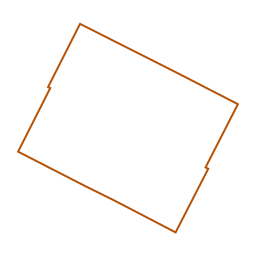 Pope, Minnesota, United States of America (Albers equal-area conic projection), rotated 207°
{"feature_id": "52423323B60946121703621", "entity_name": "Pope", "entity_type": "district", "adm_level": 2, "iso_a3": "USA", "parent_name": "United States of America", "parent_adm1": "Minnesota", "projection": "albers", "projection_center": [-95.463, 45.586], "detail": "fine", "context": "isolated", "style": "outline", "palette": "amber", "viewbox_px": 256, "rotation_deg": 207, "n_neighbors": 0, "source": "geoboundaries", "source_scale": "gbopen_adm2", "svg_char_len": 324}
<svg xmlns="http://www.w3.org/2000/svg" viewBox="0 0 256 256"><g transform="rotate(207 128 128)"><path d="M40.9,199.1L111.9,199.4L182.5,199.1L218.0,199.0L217.8,128.2L215.4,128.3L215.2,57.0L138.0,56.8L109.3,57.2L109.1,57.2L38.2,56.6L38.0,128.1L41.0,128.1L40.9,199.1Z" fill="none" stroke="#b45309" stroke-width="2"/></g></svg>